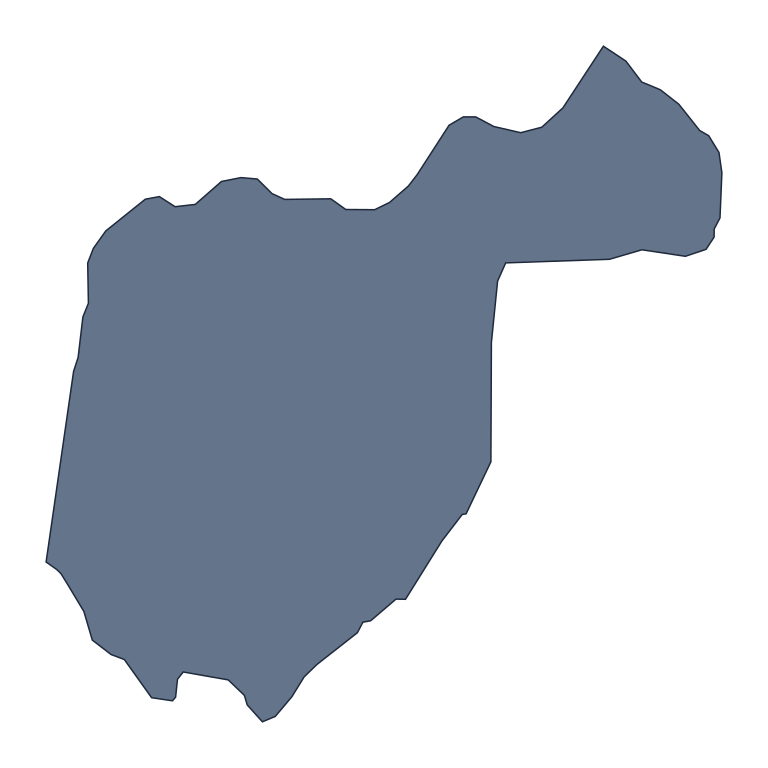 Huitán, Quezaltenango, Guatemala
{"feature_id": "79465075B44657953271022", "entity_name": "Huitán", "entity_type": "district", "adm_level": 2, "iso_a3": "GTM", "parent_name": "Guatemala", "parent_adm1": "Quezaltenango", "projection": "equal_earth", "projection_center": [-91.624, 15.046], "detail": "fine", "context": "isolated", "style": "filled", "palette": "slate", "viewbox_px": 768, "rotation_deg": 0, "n_neighbors": 0, "source": "geoboundaries", "source_scale": "gbopen_adm2", "svg_char_len": 1063}
<svg xmlns="http://www.w3.org/2000/svg" viewBox="0 0 768 768"><path d="M87.7,263.0L88.4,303.3L82.9,316.9L78.1,357.5L73.6,371.3L46.1,562.0L56.7,569.5L61.0,573.7L67.5,584.2L83.9,611.5L92.3,640.1L111.0,654.5L124.3,659.5L151.6,697.7L172.5,700.8L175.6,697.2L177.5,679.3L183.2,672.0L228.2,679.9L244.4,695.4L247.2,704.9L262.4,721.8L275.3,716.4L291.9,696.7L304.2,676.8L316.9,664.5L357.4,632.7L362.9,622.2L370.6,620.8L396.0,599.1L405.5,599.3L441.8,541.1L462.2,514.5L466.1,513.8L490.9,461.8L491.4,342.6L497.6,281.1L505.7,262.9L609.5,259.3L641.8,249.8L685.4,256.3L706.1,249.3L714.1,237.1L714.2,229.0L720.0,217.9L721.9,172.9L719.0,152.5L708.7,135.7L699.7,130.5L678.9,104.3L660.4,89.8L641.7,82.0L625.9,61.1L603.4,46.2L562.9,107.9L541.8,127.2L520.7,132.7L493.8,126.5L475.7,116.9L463.3,116.9L449.1,125.2L417.1,174.7L408.3,186.1L389.6,202.4L374.7,209.7L345.8,209.5L330.8,198.8L284.7,199.4L272.0,193.6L257.3,179.0L240.9,177.6L221.4,181.5L195.3,204.4L175.1,206.7L159.4,196.6L145.3,199.2L105.8,230.9L93.4,248.3L87.7,263.0Z" fill="#64748b" stroke="#1e293b" stroke-width="1.5"/></svg>